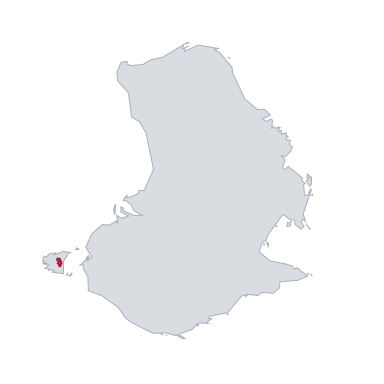 location of Meander Valley, Tasmania, Australia, rotated 101°
{"feature_id": "25037944B18161391001525", "entity_name": "Meander Valley", "entity_type": "district", "adm_level": 2, "iso_a3": "AUS", "parent_name": "Australia", "parent_adm1": "Tasmania", "projection": "orthographic", "projection_center": [146.595, -41.65], "detail": "fine", "context": "in_parent", "style": "filled", "palette": "rose", "viewbox_px": 384, "rotation_deg": 101, "n_neighbors": 0, "source": "geoboundaries", "source_scale": "gbopen_adm2", "svg_char_len": 5041}
<svg xmlns="http://www.w3.org/2000/svg" viewBox="0 0 384 384"><g transform="rotate(101 192 192)"><path d="M258.5,71.2L263.4,88.7L269.2,87.7L275.9,92.8L277.1,103.9L281.0,107.7L282.0,118.1L284.8,123.6L303.6,134.0L310.7,151.2L312.7,152.1L313.2,149.1L317.1,152.4L317.8,150.9L319.2,159.6L321.5,162.4L326.6,165.4L336.0,180.9L335.2,190.8L338.2,203.1L331.9,225.4L328.1,233.5L319.4,242.4L311.0,260.8L308.7,274.9L295.0,278.0L288.2,284.0L284.0,284.6L285.3,288.1L278.7,283.0L279.6,281.8L279.1,280.6L277.9,280.5L275.8,282.8L274.2,281.5L276.8,279.3L275.2,277.7L266.5,285.7L252.5,282.5L241.1,273.9L240.2,266.7L234.6,260.5L236.8,260.6L236.6,258.6L229.3,261.3L231.1,256.2L227.6,249.4L225.6,257.7L220.2,259.1L220.8,256.3L223.4,256.0L226.1,244.6L224.4,236.4L221.4,245.5L216.1,249.4L213.0,255.1L213.8,257.7L211.6,257.6L207.7,255.2L209.9,254.8L207.8,249.9L203.7,244.6L200.7,244.2L199.7,239.2L177.2,234.1L142.8,248.3L133.0,257.0L129.9,265.6L106.9,273.2L97.1,286.1L88.9,288.6L78.1,286.3L76.2,280.5L78.7,280.6L79.6,276.3L76.2,264.5L69.8,257.2L65.4,246.6L48.7,228.2L53.4,228.8L49.2,222.9L52.0,226.3L55.4,226.2L46.7,214.1L46.0,193.0L47.8,197.2L50.5,190.6L62.1,176.4L66.9,175.1L90.6,158.0L98.6,143.7L97.0,136.5L101.5,129.8L106.9,136.6L108.6,131.5L105.4,129.1L106.0,126.8L114.9,125.8L112.0,125.7L113.5,122.0L111.6,119.7L116.2,118.0L114.3,116.4L118.2,115.1L116.5,112.4L119.6,108.2L120.0,110.1L122.7,109.2L122.6,105.3L126.7,105.7L129.0,102.0L133.4,103.1L139.6,107.1L139.0,111.7L142.5,106.7L151.0,107.7L152.4,105.0L148.5,102.5L157.2,86.2L159.2,86.7L162.3,82.6L163.5,83.9L173.6,81.0L173.1,77.6L166.2,76.3L167.2,75.2L192.2,78.7L199.3,75.1L197.6,78.1L200.7,79.3L204.3,75.5L207.7,77.9L204.1,84.8L199.8,85.9L200.3,90.6L196.6,98.4L219.6,109.4L225.7,110.2L227.8,113.4L237.9,114.8L244.7,102.5L244.8,85.5L245.8,79.1L248.3,77.4L246.3,74.7L252.4,62.4L258.5,71.2ZM274.6,301.0L284.8,305.0L296.8,302.5L297.4,314.0L296.6,311.9L295.4,314.3L295.0,321.8L290.9,318.7L288.2,325.6L283.2,325.1L284.2,323.1L279.7,319.9L277.8,314.1L279.8,315.1L275.0,307.0L274.6,301.0ZM154.7,77.6L161.7,76.2L164.0,77.6L159.5,82.0L154.7,77.6ZM218.4,264.8L229.0,263.3L224.7,265.6L218.4,264.8ZM206.3,88.9L207.9,92.3L203.4,92.3L204.0,89.6L206.3,88.9ZM335.5,179.1L335.4,174.6L337.2,171.0L337.8,173.7L335.5,179.1ZM294.1,294.2L297.5,295.2L297.6,296.8L294.1,294.2ZM154.1,78.8L156.7,81.7L152.3,82.4L154.1,78.8ZM270.7,295.1L268.8,294.7L269.7,292.0L270.7,295.1ZM231.1,106.9L229.0,108.1L226.9,108.9L227.9,106.8L231.1,106.9ZM48.4,227.2L46.5,225.7L45.8,223.8L46.0,223.6L48.4,227.2ZM296.8,298.3L298.1,299.5L295.6,298.5L296.8,298.3ZM320.7,160.3L322.3,160.4L322.2,162.3L320.7,160.3ZM282.6,118.0L284.5,119.1L284.2,119.7L282.6,118.0ZM290.7,322.8L290.9,324.7L289.6,324.1L290.7,322.8ZM337.4,192.7L337.4,195.2L337.2,195.1L337.4,192.7ZM172.5,74.2L171.3,73.4L172.1,72.8L172.5,74.2ZM205.7,69.7L204.0,71.7L206.0,68.4L205.7,69.7ZM337.8,189.7L337.0,190.5L337.6,189.6L337.8,189.7ZM209.8,102.4L208.8,102.9L209.3,102.0L209.8,102.4ZM202.8,89.2L201.6,89.5L202.3,88.3L202.8,89.2ZM53.5,179.9L53.5,181.5L53.0,181.6L53.5,179.9ZM250.2,61.7L250.2,62.9L249.7,62.1L250.2,61.7ZM278.0,281.2L278.2,282.1L277.9,281.8L278.0,281.2ZM203.6,72.3L201.3,73.8L203.7,72.0L203.6,72.3ZM116.5,110.6L115.8,111.7L116.2,110.5L116.5,110.6ZM291.4,321.5L290.8,321.8L291.2,321.1L291.4,321.5ZM230.3,111.4L229.0,111.4L229.6,110.6L230.3,111.4ZM112.7,118.3L112.2,119.0L112.0,117.8L112.7,118.3ZM296.3,317.6L295.4,318.1L295.7,317.1L296.3,317.6ZM251.0,58.4L250.9,59.2L250.2,58.9L251.0,58.4ZM277.5,282.4L278.4,283.2L276.9,283.0L277.5,282.4ZM305.8,134.0L305.0,134.0L305.3,133.0L305.8,134.0ZM312.4,148.9L312.0,148.9L312.3,148.1L312.4,148.9ZM275.0,299.6L274.7,300.3L274.5,299.5L275.0,299.6Z" fill="#d9dde1" stroke="#a8b0b8" stroke-width="1"/><path d="M287.6,309.8L287.6,309.7L287.7,309.4L287.8,309.4L288.0,309.4L288.3,309.3L288.4,309.2L288.5,309.2L288.5,309.3L288.5,309.2L288.5,309.3L288.7,309.2L288.7,309.3L288.7,309.2L288.8,309.1L288.8,308.9L288.9,308.7L289.0,308.6L289.3,308.6L289.5,308.5L289.4,308.4L289.6,308.3L289.6,308.2L289.6,307.9L289.7,308.0L289.7,307.9L289.9,307.8L290.0,307.7L289.9,307.7L289.7,307.6L289.6,307.4L289.5,307.5L289.3,307.3L289.3,307.2L289.2,307.3L288.9,307.3L288.9,307.2L288.7,307.1L288.6,306.9L288.4,306.9L288.0,306.9L287.9,306.9L287.7,306.8L287.2,306.6L287.2,306.4L286.9,306.4L286.7,306.4L286.7,306.5L286.4,306.6L286.5,306.6L286.3,306.7L286.2,306.6L285.9,306.8L285.9,307.0L285.7,307.0L285.7,307.3L285.7,307.5L285.8,307.7L285.9,307.8L285.9,308.0L285.7,308.0L285.7,307.9L285.4,308.0L285.2,307.9L284.8,307.9L284.4,307.8L284.2,307.7L284.0,308.0L284.0,308.4L283.9,308.5L284.0,308.5L283.9,308.5L283.9,308.8L284.0,308.8L283.9,308.8L283.9,308.7L283.1,308.5L282.5,309.4L283.1,311.8L284.8,311.4L285.0,311.3L285.0,311.2L285.1,310.8L285.2,310.7L285.2,310.4L285.2,310.5L285.2,310.4L285.0,310.2L285.2,309.9L285.5,309.8L285.9,309.8L286.0,309.8L286.3,309.9L286.5,309.9L286.6,310.0L286.7,309.9L286.8,309.9L287.0,309.8L287.1,309.7L287.3,309.6L287.3,309.8L287.2,309.8L287.3,309.8L287.4,309.7L287.5,309.7L287.6,309.8Z" fill="#f43f5e" stroke="#9f1239" stroke-width="1.5"/></g></svg>